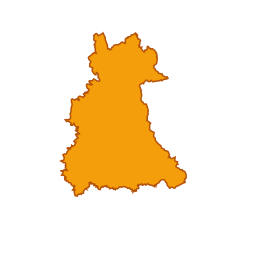 the district of Dam Rong, Lâm Đồng, Vietnam, rotated 301°
{"feature_id": "81297802B48811804766969", "entity_name": "Dam Rong", "entity_type": "district", "adm_level": 2, "iso_a3": "VNM", "parent_name": "Vietnam", "parent_adm1": "Lâm Đồng", "projection": "albers", "projection_center": [108.207, 12.042], "detail": "fine", "context": "isolated", "style": "filled", "palette": "amber", "viewbox_px": 256, "rotation_deg": 301, "n_neighbors": 0, "source": "geoboundaries", "source_scale": "gbopen_adm2", "svg_char_len": 5746}
<svg xmlns="http://www.w3.org/2000/svg" viewBox="0 0 256 256"><g transform="rotate(301 128 128)"><path d="M97.8,194.8L99.4,195.3L100.1,196.8L100.1,198.4L100.8,199.2L103.1,199.5L104.6,201.1L106.2,201.5L106.5,202.1L109.5,203.9L110.7,205.0L111.1,204.9L111.1,203.6L112.6,203.6L113.4,202.8L115.1,203.6L118.2,201.6L119.8,199.4L119.9,198.4L119.3,197.2L120.2,196.3L119.0,193.9L119.7,192.5L119.3,189.8L119.9,188.8L121.5,188.5L122.7,189.5L123.0,188.5L124.5,187.8L123.9,185.9L124.2,184.8L127.3,183.4L124.5,181.5L124.1,180.5L124.8,178.8L123.6,177.9L126.6,177.2L128.3,174.7L128.4,173.2L127.7,171.4L127.7,170.6L128.5,170.0L128.1,167.0L129.7,165.3L130.0,162.4L130.9,159.1L131.9,157.4L132.9,156.9L134.0,154.2L137.6,152.7L137.4,149.8L137.8,147.3L142.2,144.8L143.8,144.9L144.3,140.0L145.4,140.1L145.8,139.6L146.9,139.3L147.4,138.4L150.3,138.2L151.4,137.1L153.1,136.6L154.3,135.5L157.9,131.4L156.8,129.5L157.9,127.1L157.9,125.6L160.2,123.7L162.8,123.1L163.8,122.1L164.6,121.8L165.7,120.2L167.0,120.2L167.4,119.1L168.4,118.4L169.8,116.2L171.1,115.8L173.2,116.9L174.1,117.7L174.0,118.5L175.4,118.3L178.4,118.9L178.7,119.5L178.3,120.8L178.6,122.2L179.3,123.1L180.5,123.1L180.8,123.6L180.4,125.5L184.0,129.5L184.6,130.6L186.1,131.4L186.4,132.3L186.0,132.7L188.6,133.8L188.9,135.0L191.1,136.7L192.0,135.5L191.9,135.0L191.2,134.6L190.7,130.9L191.9,129.5L190.6,126.0L191.4,125.4L191.7,121.9L192.6,120.9L192.6,120.3L193.2,119.2L194.3,118.0L197.6,119.2L198.9,119.0L203.0,117.1L203.3,116.4L203.8,116.3L203.8,115.8L204.4,115.9L206.7,114.1L206.7,113.2L207.3,113.1L208.3,110.4L208.5,108.6L208.5,107.9L207.6,107.3L207.8,106.5L207.4,106.3L207.6,104.5L208.2,103.6L208.1,102.8L207.1,102.8L205.5,103.8L204.0,103.4L203.9,102.7L203.3,102.4L201.7,103.0L201.4,102.7L201.9,102.2L201.8,100.7L203.0,98.3L204.3,98.1L203.3,97.2L203.7,96.5L203.2,95.9L204.2,95.6L204.1,95.1L204.5,94.7L205.9,95.0L207.9,93.7L208.8,93.9L209.4,93.6L210.0,92.5L209.5,90.5L210.7,89.5L210.8,88.4L211.6,88.1L212.2,88.5L212.7,87.9L213.2,85.8L212.3,86.1L212.5,85.2L210.6,84.4L209.5,82.9L207.7,83.0L206.3,81.3L205.9,81.1L205.3,81.6L204.5,81.0L204.8,80.6L202.9,79.9L199.1,82.1L199.0,81.6L199.4,81.0L198.6,79.7L198.7,78.7L197.7,78.1L196.0,77.8L195.4,77.1L194.2,76.7L193.6,75.3L191.7,73.4L189.5,73.2L188.5,72.6L187.3,73.1L185.9,72.7L185.8,72.0L186.3,71.9L186.1,70.6L185.4,69.8L188.5,67.5L191.9,63.2L193.9,61.7L196.6,57.6L195.6,57.4L191.8,55.0L192.7,53.0L192.6,52.1L192.1,51.7L189.5,51.0L188.8,51.9L186.3,53.1L185.5,54.1L186.0,55.5L184.3,56.1L181.8,56.1L181.7,57.5L179.9,58.1L178.9,59.4L177.3,60.1L175.7,62.4L175.4,62.2L175.6,61.0L175.0,60.0L174.3,60.0L173.4,59.2L172.2,59.2L168.5,57.7L167.9,57.8L166.6,59.3L166.0,61.7L164.9,62.2L163.8,62.0L161.0,63.4L161.3,66.9L159.4,67.4L158.3,68.1L156.8,71.4L157.0,73.1L159.3,72.2L159.3,73.9L158.1,74.7L158.1,75.4L155.8,76.3L155.8,77.2L155.1,78.4L153.7,79.4L153.1,79.1L152.4,77.2L152.5,73.4L150.0,73.0L148.6,70.6L147.8,70.7L147.4,71.3L146.8,74.9L145.6,74.0L145.7,72.3L144.6,70.2L144.1,70.1L143.3,70.3L141.1,72.5L141.0,74.7L139.3,75.2L138.3,74.3L137.3,75.3L137.1,74.3L136.1,74.1L136.6,73.0L136.1,72.7L135.1,73.0L134.3,72.3L133.8,72.8L133.8,74.2L133.2,74.4L131.3,73.9L130.5,70.3L129.7,69.7L128.6,69.4L127.8,69.7L127.3,71.7L126.3,71.7L126.5,68.9L124.7,68.1L124.2,65.3L123.3,64.8L120.9,66.3L120.2,67.4L118.9,68.2L115.5,69.1L112.5,70.8L110.1,71.2L109.3,72.2L106.9,73.6L105.2,73.5L102.7,70.0L101.9,72.0L103.2,73.6L102.9,76.6L102.5,77.3L101.3,77.2L101.0,77.7L101.9,79.2L104.1,79.3L102.9,80.9L102.4,82.9L103.4,84.8L103.0,85.2L102.3,85.3L102.0,84.1L101.1,83.8L100.5,84.7L101.3,85.3L100.1,85.9L99.1,85.2L99.1,84.3L98.7,84.3L98.8,86.9L97.3,88.1L98.2,88.7L98.0,89.4L96.0,87.9L96.4,86.8L95.7,86.3L94.1,88.7L93.9,90.3L90.6,88.8L88.6,88.5L88.5,90.2L89.0,90.8L87.4,90.7L85.7,91.1L84.2,90.3L84.2,88.7L83.0,89.6L81.8,88.7L80.7,89.4L80.1,89.2L79.9,88.7L80.6,88.7L80.6,87.5L79.7,86.3L79.1,86.5L79.3,87.6L78.1,88.4L76.1,88.0L74.7,88.5L73.5,88.3L73.0,86.8L71.4,86.0L71.2,87.0L70.4,87.5L70.0,88.5L67.5,89.4L66.4,89.1L66.0,87.9L65.1,87.4L65.3,89.6L64.9,90.3L65.8,92.1L65.0,93.3L63.6,93.6L63.2,94.5L62.2,94.4L60.7,96.6L60.5,97.7L60.0,97.5L59.5,96.7L59.6,94.8L58.4,94.8L56.9,92.7L56.6,93.1L57.5,94.6L56.9,95.2L53.4,95.4L54.4,96.9L54.1,98.5L53.1,99.3L53.8,100.2L53.2,100.4L52.2,99.8L51.6,100.0L51.1,100.8L51.9,101.1L50.7,102.5L51.5,103.7L50.6,105.2L51.5,107.3L50.5,108.0L49.8,110.1L50.8,111.0L50.8,112.3L50.2,112.5L50.3,111.9L49.9,111.6L48.3,112.8L46.3,112.4L46.4,113.0L47.6,114.3L45.8,114.6L42.8,117.4L43.5,119.6L45.2,119.2L45.8,120.2L46.6,120.9L47.2,120.9L47.0,122.1L48.4,122.2L49.2,123.3L50.3,122.9L50.5,122.4L53.9,122.6L54.1,124.1L54.5,123.4L55.2,123.4L56.4,124.5L57.2,124.3L57.9,125.0L59.7,123.9L60.5,124.4L60.9,123.2L61.3,124.2L61.8,123.7L62.3,124.0L62.4,124.9L62.0,125.2L61.5,124.8L61.3,125.7L62.3,126.8L62.7,128.4L62.4,128.7L61.6,128.1L61.1,128.3L62.2,130.5L61.2,130.9L62.3,131.5L62.3,132.2L61.5,131.9L61.1,132.4L60.5,134.1L60.5,135.3L61.0,135.9L62.4,135.5L64.3,135.7L64.9,136.5L64.3,136.6L64.6,137.2L66.3,137.7L66.4,139.2L67.6,139.3L67.7,139.7L66.6,140.1L67.3,142.2L66.5,143.5L68.6,145.6L68.0,147.3L68.3,147.6L68.9,147.0L68.6,148.9L69.9,148.7L70.4,150.3L73.5,151.2L73.7,152.9L75.6,154.3L76.4,157.2L76.2,158.9L77.4,160.4L76.7,161.5L77.2,162.1L77.2,163.4L76.2,163.7L77.0,164.5L75.7,165.3L78.1,165.6L77.3,166.7L77.7,167.1L78.5,166.3L78.6,167.4L79.3,166.9L80.4,166.9L81.6,168.2L82.5,167.9L83.7,165.7L85.0,166.0L84.7,167.0L85.7,167.6L86.2,168.4L86.9,168.2L86.5,169.9L87.4,169.9L87.4,170.7L88.7,171.3L88.3,172.8L90.6,173.7L90.1,175.6L90.9,176.2L90.8,177.3L91.4,178.4L91.2,179.7L91.4,181.0L92.7,180.3L93.4,180.6L93.5,181.2L93.1,181.7L94.3,181.3L97.0,182.6L99.9,182.9L101.2,183.8L102.0,185.2L102.2,186.2L100.9,188.4L100.8,189.5L99.2,191.1L97.8,194.8Z" fill="#f59e0b" stroke="#b45309" stroke-width="1.5"/></g></svg>